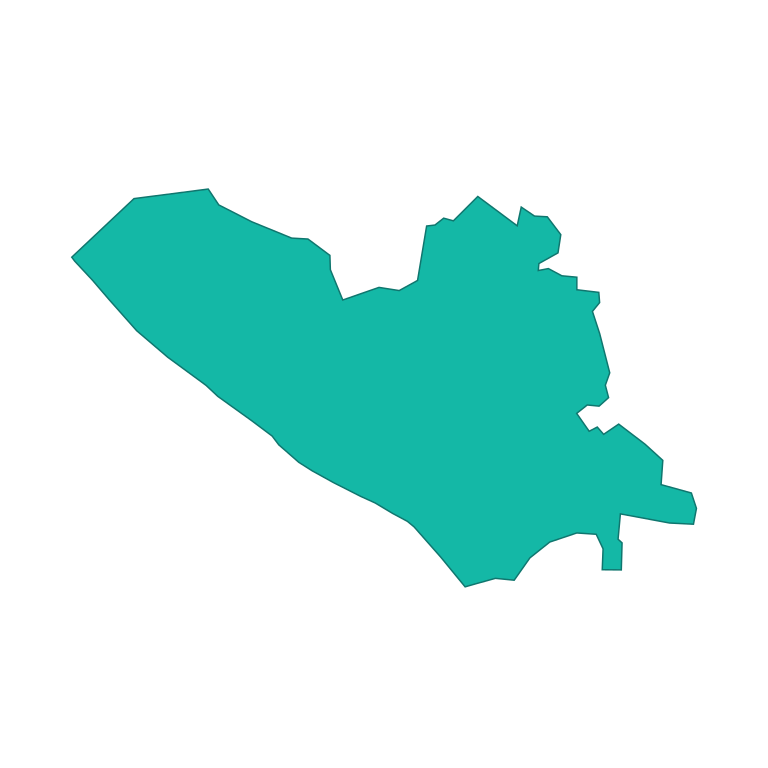 Mirishkar, Kashkadarya, Uzbekistan, rotated 5°
{"feature_id": "79887680B34481827361029", "entity_name": "Mirishkar", "entity_type": "district", "adm_level": 2, "iso_a3": "UZB", "parent_name": "Uzbekistan", "parent_adm1": "Kashkadarya", "projection": "orthographic", "projection_center": [65.084, 38.797], "detail": "fine", "context": "isolated", "style": "filled", "palette": "teal", "viewbox_px": 768, "rotation_deg": 5, "n_neighbors": 0, "source": "geoboundaries", "source_scale": "gbopen_adm2", "svg_char_len": 1209}
<svg xmlns="http://www.w3.org/2000/svg" viewBox="0 0 768 768"><g transform="rotate(5 384 384)"><path d="M61.9,284.9L65.2,288.6L84.4,305.9L102.9,324.0L133.0,352.5L166.4,376.3L206.9,400.9L219.5,410.8L255.4,432.1L277.1,445.6L284.6,453.9L289.2,457.2L306.0,469.5L320.1,476.8L342.2,486.6L370.6,498.0L385.6,503.3L403.9,512.2L419.3,518.8L426.4,523.7L455.8,551.7L472.5,568.8L482.5,579.0L492.9,575.0L511.9,567.9L530.8,568.1L544.5,544.5L562.9,527.0L589.0,515.6L608.5,515.2L616.6,529.1L617.6,550.0L636.6,548.5L635.0,521.5L630.7,518.2L630.8,492.8L680.6,497.6L704.5,496.7L706.1,480.7L699.7,465.8L668.8,460.1L668.4,435.8L649.4,421.3L621.3,403.5L607.2,415.0L600.2,408.3L592.5,413.2L578.5,396.5L588.3,387.2L600.2,387.3L608.9,378.0L604.6,365.9L607.9,353.2L594.5,315.1L585.3,293.5L591.7,284.1L590.0,274.0L567.9,273.3L566.8,260.8L551.7,260.7L537.7,254.7L527.8,257.5L527.8,250.5L545.9,238.2L547.1,219.8L532.1,203.2L519.3,203.6L505.3,195.8L502.9,214.8L461.1,189.0L438.9,215.4L429.0,213.6L420.9,221.2L412.7,222.9L408.4,277.9L391.0,289.6L370.6,288.2L335.6,303.9L320.6,274.8L318.9,260.6L295.6,246.2L279.3,246.7L238.1,233.9L203.8,220.0L191.9,205.1L118.8,221.1L61.9,284.9Z" fill="#14b8a6" stroke="#0f766e" stroke-width="1.5"/></g></svg>